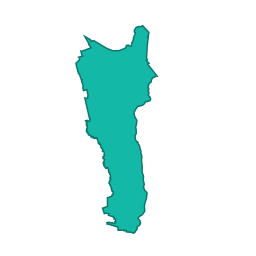 Pesquería, Nuevo León, Mexico (Albers equal-area conic projection), rotated 70°
{"feature_id": "50627088B93761712113478", "entity_name": "Pesquería", "entity_type": "district", "adm_level": 2, "iso_a3": "MEX", "parent_name": "Mexico", "parent_adm1": "Nuevo León", "projection": "albers", "projection_center": [-99.931, 25.747], "detail": "fine", "context": "isolated", "style": "filled", "palette": "teal", "viewbox_px": 256, "rotation_deg": 70, "n_neighbors": 0, "source": "geoboundaries", "source_scale": "gbopen_adm2", "svg_char_len": 5906}
<svg xmlns="http://www.w3.org/2000/svg" viewBox="0 0 256 256"><g transform="rotate(70 128 128)"><path d="M228.8,158.4L228.3,157.1L227.3,155.9L227.0,155.2L226.3,154.4L226.1,154.0L224.3,153.2L223.6,152.6L223.5,152.0L223.6,151.7L223.6,151.3L222.9,149.9L222.1,149.1L221.2,148.6L220.0,148.7L219.0,148.5L217.7,149.0L217.2,149.4L216.6,149.5L216.3,149.3L215.8,148.9L215.5,148.5L214.7,146.4L214.6,145.1L214.2,143.9L212.0,140.9L210.9,140.4L207.2,139.4L206.3,138.8L204.8,138.2L201.7,135.7L199.8,134.4L199.0,134.0L198.1,133.9L196.5,132.6L195.5,132.4L194.9,132.5L192.1,133.6L191.3,133.7L190.5,133.7L189.4,133.5L188.5,133.5L186.5,132.0L182.4,131.5L180.9,131.0L179.8,130.3L177.9,129.9L174.0,129.8L170.5,128.3L169.9,128.2L167.8,127.5L163.9,126.6L161.6,125.9L160.9,125.3L160.2,124.9L157.3,124.4L155.8,124.7L155.3,124.2L154.0,123.8L151.0,123.7L149.6,123.4L148.2,123.3L146.8,123.9L146.3,123.9L146.0,123.8L145.0,123.6L144.2,123.8L143.9,124.4L143.4,124.6L142.1,124.9L141.0,125.0L139.8,124.5L137.7,124.1L137.3,123.5L136.9,123.3L136.6,122.7L135.1,121.7L133.1,121.3L132.3,120.8L130.5,120.7L128.9,120.0L128.5,119.5L127.9,119.2L126.7,118.4L125.9,118.1L124.4,117.2L123.1,117.1L121.5,117.5L119.6,117.8L118.9,117.6L117.9,117.7L117.3,117.4L116.5,117.5L115.0,116.7L114.6,116.0L112.5,113.8L111.9,112.4L111.1,112.0L110.8,111.7L110.8,111.4L111.3,110.5L111.3,108.7L111.6,107.8L111.4,107.3L111.5,105.9L111.1,105.2L110.8,104.2L109.8,103.3L109.4,102.3L109.4,101.7L109.8,100.3L109.8,98.5L109.7,98.0L109.2,97.2L108.2,96.8L106.5,96.7L105.3,97.3L104.5,97.6L104.1,97.6L103.3,97.0L102.8,97.0L102.7,96.7L102.0,96.2L101.3,96.4L99.7,96.3L99.4,96.0L99.4,95.6L97.7,95.3L97.4,95.2L97.5,95.0L97.4,95.0L96.6,95.3L95.9,95.0L95.3,94.3L94.4,93.9L93.8,93.2L93.4,93.0L93.3,92.2L92.8,91.3L92.5,91.0L92.7,90.6L91.4,89.9L90.7,89.3L90.0,88.6L89.6,87.7L89.1,87.2L89.1,86.9L89.2,86.1L89.2,85.4L88.8,84.1L89.2,82.9L74.5,87.8L74.3,86.1L71.4,87.5L71.4,87.3L70.9,87.5L70.3,86.3L68.9,86.8L68.4,86.6L57.5,81.9L50.7,78.5L49.7,77.8L48.9,78.4L48.7,78.3L49.0,77.7L45.2,75.6L44.4,76.3L42.9,76.6L42.8,76.8L37.0,79.2L37.0,79.5L36.8,79.6L37.3,81.1L36.9,82.1L36.4,82.7L36.5,84.0L36.1,84.6L36.4,85.4L36.7,86.8L37.7,87.5L38.1,88.4L38.4,88.6L39.8,89.1L40.3,89.1L40.6,88.7L40.9,88.5L42.0,89.0L43.6,90.8L44.3,91.1L44.8,91.8L46.6,92.7L48.3,93.9L49.2,95.2L51.2,96.3L52.3,96.7L51.6,98.3L50.2,99.3L49.9,101.4L51.5,102.0L51.8,102.5L52.2,105.7L52.3,109.6L50.3,115.8L46.1,120.6L34.3,130.2L33.9,132.1L34.1,133.2L32.3,133.0L27.2,137.3L34.9,136.0L36.5,136.3L39.0,135.4L40.0,135.2L40.1,145.6L39.7,146.0L44.0,146.4L44.6,146.5L44.9,146.3L44.6,150.2L45.6,149.7L46.3,149.7L47.7,150.7L49.2,154.7L51.8,155.2L58.2,155.8L60.0,155.9L60.3,155.3L67.1,155.3L67.1,155.1L67.4,155.1L67.4,154.9L68.1,155.6L69.1,155.7L70.1,155.5L73.6,155.9L74.8,156.7L77.6,157.1L77.9,153.6L83.2,154.3L86.0,155.6L86.4,156.0L85.0,158.3L106.5,161.0L106.8,160.4L107.7,160.9L108.6,162.0L106.9,163.7L106.6,165.4L106.9,165.5L107.5,164.7L107.9,164.6L108.2,164.9L109.2,164.7L109.3,165.5L110.8,166.0L111.4,166.1L111.7,165.5L112.3,165.4L112.6,165.9L113.1,165.9L113.9,166.3L114.0,166.5L114.6,166.6L114.4,166.8L115.5,167.7L116.1,167.7L116.4,168.0L116.9,167.7L117.1,167.7L117.3,167.8L117.5,168.2L118.0,167.9L118.5,167.3L118.9,167.6L119.1,167.4L120.9,167.5L121.6,166.6L121.2,166.3L121.5,166.1L122.5,165.7L123.4,166.0L123.8,165.5L124.2,165.3L123.9,164.0L124.2,163.5L124.9,163.8L125.5,163.6L125.6,164.0L125.7,163.9L125.6,163.3L125.8,162.6L126.4,162.8L126.6,161.5L126.3,161.1L126.3,160.9L126.8,161.0L127.2,160.6L127.6,160.8L128.0,160.6L129.0,160.8L130.7,160.6L131.3,160.7L131.7,161.1L132.2,161.1L132.5,160.9L132.8,160.5L132.6,160.3L132.2,160.1L132.3,159.8L132.6,159.8L133.0,160.0L133.4,160.4L133.6,160.5L134.0,160.0L134.1,159.6L134.4,159.4L135.1,159.4L135.5,159.6L135.9,160.0L136.6,160.0L137.1,160.0L137.5,159.5L138.2,159.7L138.9,159.2L139.4,159.1L140.6,159.5L140.7,159.9L141.2,160.0L141.4,159.6L141.2,159.4L141.2,159.1L141.7,158.8L142.1,158.6L142.5,158.8L143.6,158.8L144.1,158.9L144.5,159.4L145.3,159.8L145.5,159.9L145.8,159.6L146.2,160.1L146.4,160.2L146.4,161.1L146.8,161.0L147.1,161.4L147.8,161.9L148.2,161.5L148.7,161.5L148.9,161.0L149.2,160.8L149.8,160.8L150.7,161.5L151.1,162.2L151.9,162.7L152.4,162.6L152.4,163.2L152.5,163.4L152.9,163.4L153.3,163.0L153.7,162.9L154.1,163.1L154.6,163.6L155.3,163.5L155.9,163.1L156.5,163.2L157.3,162.8L157.5,162.5L158.1,162.7L158.2,162.1L158.5,162.1L158.5,161.5L158.1,160.9L158.4,160.4L158.6,160.4L159.6,160.5L160.4,160.4L161.1,160.9L162.1,161.1L162.5,161.0L163.3,161.2L163.6,161.1L163.7,160.5L163.8,160.5L165.0,160.9L165.7,160.7L167.2,160.9L168.1,161.3L168.1,161.5L168.6,161.8L168.7,162.1L168.8,162.1L169.0,161.6L170.0,161.5L169.8,162.2L170.4,162.2L170.7,162.4L171.3,163.0L171.4,163.3L171.6,163.4L172.0,163.3L172.1,163.9L172.4,163.9L172.6,164.2L173.1,164.4L173.2,164.6L173.4,164.7L173.6,164.4L174.8,164.5L175.3,164.2L175.4,164.3L175.6,164.4L175.9,164.3L176.0,163.9L176.0,164.2L176.3,164.2L176.4,164.3L176.8,164.1L177.4,164.2L177.9,164.1L178.2,163.8L179.3,164.4L180.4,164.6L180.7,164.4L180.8,164.6L181.4,164.6L181.8,164.3L181.7,164.6L181.9,164.6L182.7,163.9L183.2,163.9L183.5,164.1L185.1,164.4L185.1,164.6L185.0,164.8L185.3,165.0L185.5,165.4L185.7,165.8L185.6,166.2L186.6,166.6L186.5,166.8L186.6,167.0L186.5,171.2L194.7,174.1L194.7,179.4L200.4,179.5L200.4,178.1L202.1,175.3L203.4,176.2L205.7,173.0L205.5,172.9L205.8,172.9L206.1,172.7L205.7,172.7L205.8,172.2L206.5,171.8L208.3,172.1L208.1,171.7L208.3,171.4L208.8,171.5L209.0,171.3L209.4,171.5L209.9,171.3L210.0,171.1L211.7,171.4L211.9,171.9L211.7,172.4L212.7,172.4L212.6,172.7L212.9,173.1L212.9,173.7L212.6,174.3L212.1,174.8L211.8,174.8L211.6,175.0L211.5,176.1L211.2,177.0L210.3,177.5L210.1,178.2L209.7,180.2L211.2,180.4L211.1,180.1L217.0,172.2L217.9,171.3L220.6,172.3L221.5,170.2L222.5,166.6L223.2,166.9L223.9,164.6L225.0,165.1L226.3,162.4L226.2,162.4L227.8,159.6L228.4,159.3L228.4,158.8L228.8,158.4Z" fill="#14b8a6" stroke="#0f766e" stroke-width="1.5"/></g></svg>